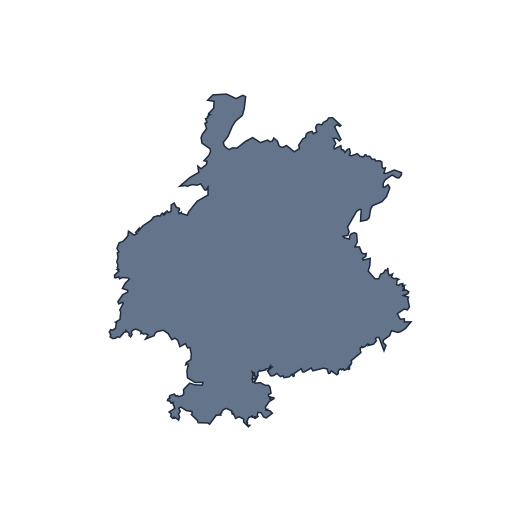 Jessore, Khulna, Bangladesh, rotated 232°
{"feature_id": "16705992B28022870637862", "entity_name": "Jessore", "entity_type": "district", "adm_level": 2, "iso_a3": "BGD", "parent_name": "Bangladesh", "parent_adm1": "Khulna", "projection": "equal_earth", "projection_center": [89.196, 23.085], "detail": "fine", "context": "isolated", "style": "filled", "palette": "slate", "viewbox_px": 512, "rotation_deg": 232, "n_neighbors": 0, "source": "geoboundaries", "source_scale": "gbopen_adm2", "svg_char_len": 6132}
<svg xmlns="http://www.w3.org/2000/svg" viewBox="0 0 512 512"><g transform="rotate(232 256 256)"><path d="M279.1,92.3L277.7,94.6L277.7,97.0L275.8,98.6L277.0,105.0L276.3,107.0L277.3,107.6L273.0,108.5L271.5,107.0L269.4,107.4L270.6,110.2L272.3,110.4L273.5,112.5L272.6,116.2L267.4,119.0L265.8,117.6L265.8,118.7L263.9,119.1L262.9,121.0L260.1,122.5L258.6,117.8L255.9,126.8L257.1,128.4L257.4,131.3L254.6,137.2L248.9,139.0L241.9,138.1L241.0,141.7L237.5,142.4L231.4,140.2L230.4,146.5L225.7,145.5L224.6,147.6L218.6,144.6L214.5,141.0L214.9,135.5L213.6,133.7L213.4,135.3L212.1,135.8L208.0,130.8L202.2,127.0L193.7,130.2L189.1,136.4L187.4,134.1L192.0,128.6L196.6,125.4L195.4,116.7L192.1,114.4L191.4,111.9L192.8,108.4L194.3,108.2L194.9,106.6L197.5,106.7L199.0,102.3L198.3,100.9L197.0,100.9L197.5,98.6L196.6,97.2L194.4,98.9L192.8,98.4L191.9,100.1L191.8,99.1L190.9,99.8L185.9,98.1L186.6,91.5L183.6,91.9L182.1,90.0L179.2,90.5L179.4,92.1L178.6,91.6L177.9,93.1L174.3,94.0L176.2,96.7L179.0,97.4L180.3,100.7L183.7,101.5L183.2,103.8L177.1,105.9L173.0,109.7L171.1,108.7L170.9,107.4L162.5,108.6L160.2,107.8L154.1,115.3L152.0,115.9L155.0,126.7L152.3,130.4L153.9,131.0L153.5,132.2L154.7,133.8L154.9,136.3L154.0,138.9L148.7,141.5L147.5,140.3L146.2,141.1L145.9,140.2L145.1,141.0L140.5,140.0L139.9,143.5L135.1,145.9L132.8,144.0L126.1,144.9L126.4,146.8L127.7,145.2L130.2,146.6L129.6,147.2L130.9,146.2L133.2,150.7L132.2,154.6L131.2,153.7L129.8,156.3L129.3,155.0L128.5,155.4L128.3,158.9L130.1,159.1L131.5,161.5L129.3,163.5L124.6,162.9L122.1,164.3L122.0,172.1L125.5,171.7L128.2,169.3L128.3,170.3L129.0,169.3L131.3,170.5L133.2,176.9L132.5,182.4L133.6,182.8L135.1,180.7L135.2,179.6L133.3,178.7L136.0,179.5L135.8,180.7L137.4,179.6L139.1,180.3L138.6,183.4L144.2,186.3L146.4,186.2L148.6,183.5L153.5,181.5L156.3,177.0L157.4,177.1L159.4,181.6L159.9,180.9L157.9,177.2L158.4,175.9L160.8,177.0L160.2,181.0L161.7,177.4L164.1,180.5L167.2,181.6L164.8,182.7L162.4,180.9L160.2,182.7L160.5,184.1L163.0,185.4L163.6,188.4L162.7,188.4L160.3,193.5L160.9,194.2L159.5,196.5L160.5,199.9L159.5,199.2L158.6,200.3L158.3,194.3L152.5,193.8L151.0,195.8L150.5,200.2L145.9,201.0L145.0,203.5L142.8,203.2L140.4,207.8L140.6,211.8L138.0,211.0L139.0,211.5L138.1,211.3L138.0,212.4L139.4,212.8L139.9,215.0L139.3,222.4L136.0,221.3L135.0,222.4L133.7,230.5L130.5,230.1L126.0,240.3L123.0,242.5L118.8,240.8L118.1,242.0L119.1,244.6L112.6,246.6L112.8,248.7L114.7,249.7L115.2,253.0L113.5,253.5L113.4,255.2L111.6,255.1L110.5,258.9L111.3,259.9L109.5,259.3L109.4,260.2L112.2,262.5L111.8,263.5L113.0,265.7L114.9,266.6L115.3,279.1L119.3,281.3L119.3,283.6L118.4,283.3L117.5,286.2L117.9,289.9L116.7,290.6L116.3,289.5L114.2,294.4L115.1,298.7L117.4,299.2L117.4,301.0L116.0,302.7L102.5,298.5L105.5,303.4L109.2,302.9L111.3,304.3L111.0,312.3L113.7,316.7L108.3,320.9L107.3,323.8L106.8,328.9L108.7,337.6L112.7,332.3L115.2,334.2L117.3,330.8L123.5,331.8L123.0,340.1L120.3,342.1L121.5,345.6L128.5,349.0L129.7,350.9L134.1,347.8L132.8,352.5L133.7,354.3L136.6,353.4L138.4,350.5L139.4,351.7L138.5,352.6L140.6,353.8L141.5,353.1L141.4,355.0L142.7,353.4L143.9,354.7L145.3,351.7L144.9,350.5L146.9,349.1L150.0,352.1L149.7,354.2L152.0,353.0L153.0,350.9L156.0,349.7L157.8,352.6L158.4,349.2L161.2,349.7L165.5,352.6L163.8,350.4L165.4,349.3L164.1,346.1L164.9,343.0L162.5,338.7L164.6,335.8L175.0,335.1L178.3,339.7L183.9,344.6L186.8,337.9L188.3,338.2L188.1,342.3L190.1,344.5L191.2,342.3L193.4,341.3L199.4,343.1L202.4,339.6L204.7,344.4L211.5,348.9L213.7,348.0L214.8,345.0L214.5,343.0L211.9,339.9L216.3,336.7L217.9,336.7L215.7,341.1L217.8,344.3L222.4,345.9L229.3,362.8L228.9,366.8L227.6,367.3L219.0,359.7L216.1,365.6L216.4,368.6L222.3,375.2L223.9,378.7L221.3,388.6L222.4,395.3L227.4,403.5L230.9,403.9L231.1,399.2L232.0,398.6L234.8,400.9L236.5,404.5L236.1,413.1L230.8,415.2L229.5,416.9L230.2,420.2L232.1,422.0L238.6,418.0L240.8,409.6L242.4,407.7L245.8,412.2L246.6,410.2L248.4,410.1L252.6,413.0L254.7,412.3L257.2,408.8L259.2,409.2L260.5,407.0L264.6,407.0L266.2,404.8L268.2,404.9L268.7,403.8L267.8,401.8L270.6,399.3L274.3,398.8L276.2,392.9L278.0,391.7L279.3,393.9L282.9,395.6L283.7,393.8L282.9,389.7L285.7,390.2L287.1,388.8L290.7,390.8L292.1,383.6L293.8,384.4L295.7,388.3L301.2,389.2L299.0,392.0L295.4,392.5L295.5,394.7L309.5,397.5L309.6,400.8L306.5,401.9L306.7,403.3L317.8,401.5L320.0,398.2L319.1,395.5L319.8,391.3L318.8,388.6L321.4,386.5L321.9,384.6L320.6,382.2L316.3,380.1L317.2,376.5L319.7,376.9L321.3,373.0L321.1,370.6L318.9,368.1L319.5,365.0L317.0,357.8L313.9,356.4L314.6,350.3L324.3,348.1L325.3,343.7L328.2,341.9L333.4,343.6L338.0,342.7L336.5,339.5L337.7,337.3L340.2,336.5L342.6,329.3L351.4,326.3L352.8,318.3L352.7,307.6L355.8,303.8L356.5,300.1L362.1,298.7L365.6,300.1L367.5,307.6L373.0,317.5L374.9,323.2L375.2,331.7L379.3,337.4L387.9,345.9L390.7,344.6L392.3,337.2L401.7,332.5L409.5,321.3L408.5,313.8L403.6,318.2L398.5,313.6L397.5,306.5L396.7,305.6L395.6,306.7L395.8,303.7L394.6,303.0L395.2,300.7L391.5,299.7L392.0,297.4L386.8,295.5L385.1,289.1L383.1,285.6L378.2,282.9L368.7,285.8L366.4,284.6L364.4,281.1L363.1,273.6L360.8,275.7L358.6,273.1L358.6,266.4L362.6,265.5L357.1,262.4L358.5,252.4L357.9,238.9L355.2,243.5L353.2,244.8L351.8,249.3L348.0,253.4L346.9,256.9L339.5,256.3L338.6,257.3L339.8,260.5L333.6,255.8L335.4,243.5L332.4,230.7L330.5,226.9L335.8,223.2L336.4,223.9L336.7,221.6L339.3,222.6L339.3,224.1L340.8,224.9L343.4,223.2L348.1,224.1L348.4,220.6L343.6,216.6L344.0,213.9L346.2,213.7L346.1,210.2L345.3,210.9L345.0,208.5L347.5,208.5L346.6,204.8L348.0,203.8L349.8,199.3L348.7,195.3L349.4,185.5L348.2,179.3L349.8,180.7L348.7,175.7L347.1,176.1L347.4,172.9L354.1,170.8L350.9,167.6L350.2,165.0L349.4,160.0L350.7,156.3L347.6,151.1L343.7,150.5L343.8,148.6L339.7,146.4L337.1,142.7L333.8,141.6L332.1,139.4L330.1,139.5L330.8,138.2L328.5,138.7L328.0,132.8L326.3,131.4L325.4,131.5L324.1,134.9L322.0,134.5L321.4,137.3L317.6,141.6L315.7,141.9L315.1,136.4L312.7,130.7L308.1,133.7L306.6,132.9L307.6,127.1L305.0,119.0L302.7,118.4L301.7,122.4L300.5,122.3L297.3,115.4L295.1,114.9L289.7,109.7L290.4,104.4L289.2,104.8L285.5,100.7L285.9,97.3L287.5,96.1L286.4,93.6L283.2,92.9L282.0,91.2L279.1,92.3Z" fill="#64748b" stroke="#1e293b" stroke-width="1.5"/></g></svg>